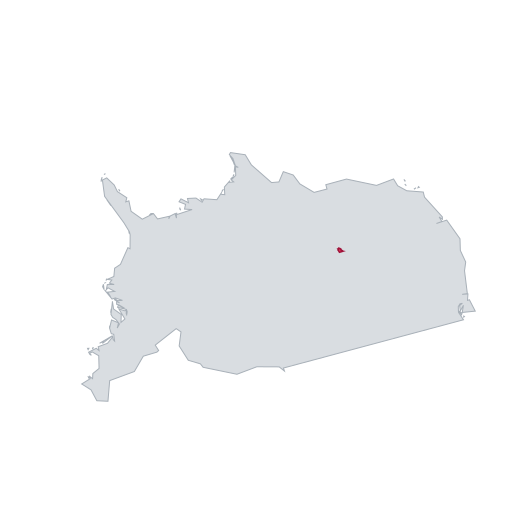 Ouray, Colorado, United States of America shown in context, rotated 165°
{"feature_id": "52423323B10602944560492", "entity_name": "Ouray", "entity_type": "district", "adm_level": 2, "iso_a3": "USA", "parent_name": "United States of America", "parent_adm1": "Colorado", "projection": "equal_earth", "projection_center": [-107.791, 38.112], "detail": "fine", "context": "in_parent", "style": "filled", "palette": "rose", "viewbox_px": 512, "rotation_deg": 165, "n_neighbors": 0, "source": "geoboundaries", "source_scale": "gbopen_adm2", "svg_char_len": 4325}
<svg xmlns="http://www.w3.org/2000/svg" viewBox="0 0 512 512"><g transform="rotate(165 256 256)"><path d="M403.4,175.9L429.6,173.5L436.6,154.0L447.2,157.4L450.0,169.4L457.5,177.5L447.9,180.4L447.8,182.7L445.6,179.8L444.0,184.7L436.7,188.0L433.7,200.4L439.0,205.7L442.0,205.1L440.7,202.7L441.9,203.8L442.6,206.4L434.2,208.2L432.1,205.3L431.9,209.2L422.0,210.1L415.3,215.1L415.6,212.2L414.6,210.4L413.7,217.2L415.9,218.4L416.1,224.2L412.1,231.6L406.1,227.0L408.7,222.3L405.5,225.6L407.7,230.8L410.3,233.8L411.2,237.1L406.4,249.4L407.3,241.7L401.3,234.4L403.6,226.8L398.9,229.1L402.2,240.4L396.9,237.0L395.3,237.3L396.3,233.8L396.1,232.7L394.8,235.5L395.0,237.9L403.0,242.3L401.6,244.3L397.8,240.3L396.5,239.6L401.2,244.4L403.1,245.4L402.4,248.2L399.9,246.0L404.0,250.4L403.2,251.0L401.2,248.7L396.5,247.7L402.7,251.9L406.2,251.7L411.1,262.4L407.0,254.2L408.6,259.5L401.7,258.4L407.2,263.6L409.4,262.1L407.0,266.9L400.4,265.2L404.6,267.7L401.5,270.1L405.7,271.9L398.6,273.0L395.7,280.8L389.1,283.0L377.6,297.2L375.8,295.6L372.1,308.9L372.0,312.1L375.0,322.3L386.8,352.8L384.7,369.1L380.0,370.1L374.6,361.3L373.2,354.1L365.7,345.7L367.8,342.0L364.5,342.2L365.1,331.5L356.3,321.0L344.1,323.5L341.5,317.3L329.4,316.8L330.7,314.5L328.7,316.8L323.3,317.9L323.0,313.2L322.2,316.5L305.7,317.4L312.9,319.8L310.7,324.1L316.3,328.3L313.7,330.6L307.4,324.9L307.3,329.3L299.0,327.5L294.1,321.9L291.4,324.7L279.2,320.5L272.5,326.5L274.2,324.8L270.3,323.3L268.7,330.8L261.6,335.6L263.3,334.1L258.4,333.4L260.2,335.9L254.7,339.1L252.8,347.5L250.2,346.2L252.5,348.4L253.1,356.2L255.5,360.9L253.9,362.5L240.2,356.6L236.9,345.2L222.0,322.9L214.7,321.6L207.8,330.4L199.1,324.6L195.0,314.3L183.4,302.4L170.1,302.3L170.1,306.8L148.7,306.9L121.3,293.0L103.2,294.8L101.0,287.2L93.5,280.0L77.9,274.5L78.0,269.2L65.9,245.6L66.4,243.2L69.0,246.3L67.5,241.2L73.3,240.7L62.5,241.3L54.5,219.8L57.2,208.5L55.0,195.9L58.4,187.8L61.6,165.0L66.8,165.6L61.1,164.5L63.2,158.4L61.2,158.5L58.5,146.0L71.4,148.1L68.4,154.7L72.9,150.0L72.1,155.5L68.9,156.9L71.2,157.1L73.7,154.8L75.0,149.2L72.1,140.7L258.5,140.7L258.3,137.5L262.3,142.9L283.9,148.8L305.0,146.7L335.9,162.2L337.6,166.2L348.4,172.8L353.5,189.0L348.1,202.1L351.9,206.5L376.4,196.0L374.5,189.9L376.6,188.8L390.8,188.4L403.4,175.9ZM425.5,212.9L429.7,212.2L415.2,216.2L426.9,211.3L425.5,212.9ZM72.7,146.0L74.1,149.5L74.0,150.0L71.8,147.4L72.7,146.0ZM255.2,359.5L253.2,352.7L253.2,348.8L253.6,352.9L255.2,359.5ZM449.1,180.9L449.3,182.8L448.6,182.4L449.1,180.9ZM294.3,323.9L294.7,325.5L293.3,324.2L294.3,323.9ZM83.8,280.5L85.6,279.7L85.7,279.9L83.8,280.5ZM81.9,280.0L81.1,281.0L80.5,280.1L81.9,280.0ZM438.2,208.5L437.2,209.7L436.9,209.4L438.2,208.5ZM254.2,345.3L253.2,348.4L255.5,342.4L254.2,345.3ZM383.3,342.7L385.5,348.8L382.9,342.1L383.3,342.7ZM92.9,285.4L93.7,287.0L92.8,285.5L92.9,285.4ZM385.6,370.0L384.2,372.0L386.4,367.9L385.6,370.0ZM412.1,266.0L410.7,268.2L411.4,262.8L412.1,266.0ZM71.1,143.2L71.0,144.2L70.3,143.7L71.1,143.2ZM260.3,337.1L257.7,338.5L260.3,336.7L260.3,337.1ZM442.4,209.0L442.6,210.4L441.3,210.1L442.4,209.0ZM92.7,289.8L93.3,291.7L92.5,290.0L92.7,289.8ZM257.1,339.7L256.1,340.5L257.0,339.2L257.1,339.7ZM410.8,239.5L409.5,242.5L410.9,238.4L410.8,239.5ZM271.7,327.8L270.1,329.0L272.4,326.9L271.7,327.8ZM372.6,310.4L372.5,312.9L372.2,311.2L372.6,310.4ZM406.3,272.3L405.8,272.8L407.3,271.0L406.3,272.3ZM348.5,323.0L346.5,324.2L345.7,324.0L348.5,323.0ZM322.5,317.5L322.2,317.9L321.0,317.8L322.5,317.5ZM371.0,354.3L371.4,356.1L370.6,353.9L371.0,354.3ZM317.4,320.9L317.2,322.5L316.9,319.7L317.4,320.9ZM381.2,374.3L380.1,374.5L381.7,374.0L381.2,374.3ZM415.9,225.2L415.3,226.6L416.0,224.6L415.9,225.2ZM409.5,268.7L408.8,269.2L408.7,269.2L409.5,268.7Z" fill="#d9dde1" stroke="#a8b0b8" stroke-width="1"/><path d="M173.7,242.1L174.0,242.3L174.2,242.2L174.4,242.0L174.4,241.6L174.9,241.6L174.7,241.3L174.9,241.2L175.0,241.2L175.3,240.6L175.2,240.5L174.9,240.3L174.9,240.0L174.9,239.9L174.9,239.7L174.8,239.2L174.7,238.8L174.6,238.7L174.4,238.3L174.4,238.0L172.7,238.0L170.8,238.1L171.0,238.2L171.0,238.5L171.1,238.8L171.7,238.8L171.9,238.9L171.9,239.0L172.0,239.0L172.2,239.6L172.1,239.8L172.1,240.1L172.5,240.1L172.5,240.7L172.6,240.8L172.5,241.0L172.9,241.2L172.9,241.3L173.2,241.3L173.4,241.6L173.6,241.7L173.7,241.9L173.7,242.1Z" fill="#f43f5e" stroke="#9f1239" stroke-width="1.5"/></g></svg>